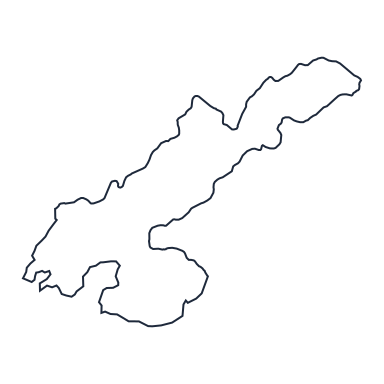 the district of Bostanlik, Tashkent, Uzbekistan
{"feature_id": "79887680B98166747305726", "entity_name": "Bostanlik", "entity_type": "district", "adm_level": 2, "iso_a3": "UZB", "parent_name": "Uzbekistan", "parent_adm1": "Tashkent", "projection": "natural_earth1", "projection_center": [70.388, 41.744], "detail": "fine", "context": "isolated", "style": "outline", "palette": "slate", "viewbox_px": 384, "rotation_deg": 0, "n_neighbors": 0, "source": "geoboundaries", "source_scale": "gbopen_adm2", "svg_char_len": 3849}
<svg xmlns="http://www.w3.org/2000/svg" viewBox="0 0 384 384"><path d="M207.9,276.3L207.5,276.0L205.3,272.5L204.6,270.7L203.8,270.2L202.5,268.4L200.5,266.8L198.9,266.2L198.5,265.7L196.8,264.0L195.0,261.4L193.8,260.4L191.3,259.9L188.8,259.9L186.7,257.8L185.0,253.4L184.0,251.9L182.3,250.8L176.7,248.6L172.2,247.8L168.1,248.1L166.3,248.7L165.9,249.2L164.2,249.5L163.6,249.3L162.4,249.6L158.4,248.7L153.1,249.0L150.4,247.5L149.7,246.1L149.0,241.1L149.4,239.2L149.3,233.2L150.5,230.2L152.3,227.8L157.7,225.7L160.6,225.2L163.3,225.3L164.9,225.8L166.1,225.7L173.1,219.5L174.3,219.3L175.9,219.7L178.6,219.7L182.2,218.1L188.7,212.3L191.1,208.7L192.4,207.8L201.2,203.3L203.5,202.6L207.3,200.5L210.5,198.1L213.4,192.7L213.8,189.3L213.5,187.3L213.8,183.9L214.8,181.9L217.4,179.6L219.6,178.3L222.7,177.3L227.4,174.2L231.8,171.3L233.2,166.4L234.9,165.0L238.0,163.3L239.6,161.6L242.7,155.5L247.1,151.2L252.2,148.9L254.9,148.7L258.7,150.0L260.4,150.0L261.1,149.2L261.9,145.9L262.8,145.2L265.6,147.0L270.0,148.4L273.8,148.5L275.6,147.9L279.4,144.3L280.6,142.3L281.3,135.0L280.4,132.9L277.8,129.7L277.5,128.7L278.9,125.1L280.9,123.6L281.6,122.5L282.1,119.6L282.8,118.4L285.4,117.3L288.7,117.3L289.9,117.7L294.0,120.4L296.7,121.4L300.1,122.2L303.3,122.2L306.1,120.6L307.8,120.2L310.2,117.9L313.3,115.8L316.1,114.6L323.6,107.4L327.0,106.2L334.9,99.0L338.3,96.0L340.5,94.9L342.8,94.4L346.3,94.3L351.7,95.5L352.4,95.0L353.4,93.1L356.0,91.5L356.3,90.9L358.2,90.2L359.1,89.1L359.5,86.0L359.2,84.5L359.5,82.8L361.0,80.4L360.3,78.9L357.6,76.9L354.2,75.4L340.1,63.5L336.1,61.4L332.1,61.2L328.7,60.5L323.5,57.8L321.6,57.7L318.0,58.5L316.6,59.4L313.1,60.5L307.8,65.1L305.0,65.2L301.0,63.9L299.2,64.0L298.1,64.8L296.2,67.3L291.9,72.7L291.7,72.9L290.1,74.2L287.4,75.7L285.4,76.2L283.3,77.4L278.3,80.9L275.4,81.0L273.7,79.7L272.2,77.8L270.9,77.0L269.8,77.0L268.7,77.6L267.8,78.8L266.2,79.8L263.4,82.7L259.8,88.2L256.4,90.8L254.0,94.4L251.9,96.3L249.9,97.4L246.7,101.8L246.1,104.3L246.1,106.8L242.2,113.9L237.6,125.8L237.8,126.6L236.9,128.5L236.2,128.9L233.7,129.5L232.0,129.4L226.8,125.0L223.6,124.1L223.0,123.1L222.9,121.6L223.4,115.2L222.4,113.1L221.1,111.6L216.4,109.5L215.9,108.7L213.9,108.2L210.3,106.0L198.9,96.6L197.4,96.0L195.7,96.0L194.5,96.5L192.9,98.4L192.3,100.2L191.6,106.8L190.7,108.3L188.8,109.5L186.5,111.7L185.2,114.4L178.6,118.3L177.2,120.3L177.7,122.0L177.7,123.8L177.8,124.9L178.8,127.6L179.2,130.4L179.2,133.6L178.9,134.7L177.1,136.3L174.5,137.7L170.4,138.9L168.3,141.1L166.0,141.0L161.1,143.2L157.3,148.4L154.4,150.4L152.8,152.0L151.0,155.1L149.5,159.5L147.8,163.1L145.3,167.1L142.8,168.6L131.8,173.5L130.8,174.4L128.0,175.8L126.1,177.3L124.4,180.9L122.9,185.9L121.6,187.1L120.2,187.6L118.6,187.1L118.0,186.0L118.2,183.7L116.6,181.1L114.9,180.8L112.0,181.5L110.9,182.8L104.5,198.1L103.2,199.4L99.4,201.4L93.6,203.4L91.4,203.5L90.7,203.3L88.3,200.7L86.4,199.4L83.2,198.0L81.1,198.0L77.6,199.7L74.0,202.3L65.4,203.6L64.3,203.1L60.7,203.6L59.4,204.4L58.6,206.1L56.3,208.3L55.1,208.8L55.3,218.7L56.7,220.0L53.7,223.9L48.7,230.6L45.5,236.6L41.6,240.7L36.4,245.7L34.5,250.9L32.1,255.7L34.6,259.9L30.4,263.5L26.8,267.7L26.2,272.0L23.0,278.3L31.7,282.0L34.5,279.8L35.1,276.1L36.2,272.6L38.7,272.2L42.1,270.9L44.8,272.5L49.2,271.0L50.5,274.3L46.8,279.1L39.8,283.4L40.0,290.7L47.0,285.6L52.1,287.3L56.5,285.5L58.8,288.0L61.7,294.0L66.2,295.5L71.6,296.7L74.8,294.5L76.6,291.4L83.3,286.3L83.0,276.6L87.3,272.2L90.0,267.1L95.9,265.7L100.4,262.4L103.2,262.3L111.2,261.3L116.1,261.4L119.8,265.7L117.7,269.4L115.7,276.3L118.3,282.6L118.2,285.2L113.1,287.8L106.7,288.0L103.2,290.1L99.0,302.2L101.6,305.5L101.4,312.9L105.1,311.6L110.5,314.0L117.1,314.4L122.7,317.7L128.6,321.3L138.9,321.4L148.1,326.1L152.3,326.3L161.2,325.4L172.1,322.6L182.5,315.9L183.5,304.4L185.8,300.5L187.8,302.8L196.2,298.6L201.7,293.4L207.9,276.3Z" fill="none" stroke="#1e293b" stroke-width="2"/></svg>